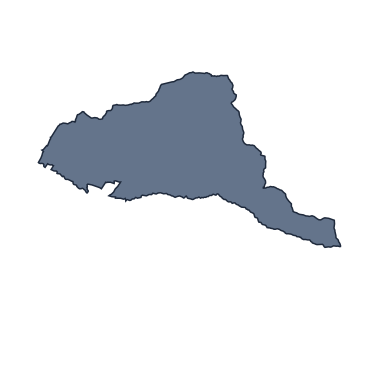 Bertea, Prahova, Romania, rotated 141°
{"feature_id": "2599482B89107382852498", "entity_name": "Bertea", "entity_type": "district", "adm_level": 2, "iso_a3": "ROU", "parent_name": "Romania", "parent_adm1": "Prahova", "projection": "orthographic", "projection_center": [25.825, 45.276], "detail": "fine", "context": "isolated", "style": "filled", "palette": "slate", "viewbox_px": 384, "rotation_deg": 141, "n_neighbors": 0, "source": "geoboundaries", "source_scale": "gbopen_adm2", "svg_char_len": 6089}
<svg xmlns="http://www.w3.org/2000/svg" viewBox="0 0 384 384"><g transform="rotate(141 192 192)"><path d="M292.8,311.6L292.7,310.7L292.0,309.6L290.5,308.6L289.8,307.4L289.8,306.7L290.9,305.4L291.0,304.8L290.7,303.6L286.4,304.8L286.1,303.7L285.5,302.8L284.7,301.9L283.6,301.3L283.6,300.6L283.1,299.6L287.4,298.1L286.0,295.2L284.1,293.5L284.1,292.3L285.2,291.6L285.2,291.2L283.2,289.2L283.1,285.7L282.9,285.4L282.2,285.4L281.8,284.9L282.3,282.4L282.3,281.6L281.9,281.0L280.5,279.9L279.4,277.7L278.8,276.1L278.0,275.1L279.1,273.2L279.1,272.3L278.0,270.8L277.5,269.9L278.0,268.7L277.8,266.5L277.4,265.3L276.3,264.4L274.9,263.9L274.4,263.0L274.3,261.7L274.0,261.0L274.4,258.3L274.3,257.5L273.9,257.2L272.1,257.9L271.9,258.3L271.8,260.3L270.8,261.1L270.8,261.9L269.8,262.2L269.1,263.6L268.0,263.7L265.3,260.5L261.0,253.5L260.4,251.5L252.9,253.9L252.4,253.0L251.1,252.6L250.8,252.1L249.3,251.0L247.2,247.6L246.7,248.0L245.7,249.4L244.4,248.8L242.2,245.4L241.2,244.7L242.7,244.1L245.2,243.5L245.9,243.1L249.7,242.7L252.8,241.3L256.0,241.0L257.7,241.4L259.0,241.4L257.3,238.8L254.6,236.2L255.4,235.4L251.3,231.9L249.8,229.6L248.8,229.1L248.0,229.1L248.2,228.2L249.1,226.7L247.4,227.0L246.9,226.6L245.8,224.7L244.8,224.1L242.8,224.2L241.3,223.1L239.1,223.2L238.4,221.6L235.1,219.9L233.9,220.8L232.6,220.8L230.2,218.1L229.6,217.6L227.0,217.1L225.0,215.4L223.2,215.7L221.1,213.0L218.9,212.5L216.9,211.2L215.2,208.5L212.8,206.9L212.6,206.6L212.5,205.4L210.7,203.3L210.4,202.0L209.5,201.0L208.5,198.5L206.0,197.7L204.2,196.8L202.8,194.4L202.3,192.6L201.5,192.3L199.7,192.6L199.0,192.4L199.0,191.9L199.3,190.5L199.3,189.9L198.5,188.8L197.5,187.7L196.5,186.0L195.7,185.5L192.8,185.0L191.4,184.0L189.8,183.7L189.2,181.8L187.8,181.6L186.9,180.4L185.9,180.3L184.5,179.1L183.4,179.1L182.2,178.2L180.6,178.3L179.0,177.0L177.0,177.0L175.4,174.5L173.7,174.7L173.2,174.4L172.9,173.5L172.9,171.2L172.2,169.2L172.4,167.8L172.0,167.2L171.8,166.0L170.9,165.4L170.6,164.8L170.3,162.5L169.9,161.4L168.1,160.0L167.9,159.2L167.9,157.9L166.1,157.1L165.5,156.6L165.4,155.0L165.0,154.2L164.9,153.7L164.1,152.7L164.0,151.4L163.5,150.4L163.3,149.6L163.0,149.0L160.6,146.7L160.3,146.2L160.6,144.6L159.9,143.8L159.8,142.8L159.1,142.2L159.1,139.6L158.0,137.5L157.7,136.3L157.8,135.6L158.8,133.4L158.9,132.9L158.8,132.4L157.8,131.1L157.7,130.1L158.7,127.7L159.0,126.5L157.6,125.0L157.8,122.8L157.6,122.3L156.6,121.1L155.7,119.7L156.0,116.9L155.1,116.4L154.9,115.7L154.1,115.2L153.7,114.3L152.2,112.6L151.8,111.6L150.7,110.6L148.9,109.8L147.7,108.1L146.9,105.8L146.0,104.6L145.2,102.2L145.4,101.3L144.7,99.9L143.5,99.1L142.7,98.1L142.2,97.8L141.0,96.0L140.8,95.2L140.0,94.0L138.8,92.8L138.6,91.3L136.9,89.7L136.6,88.9L136.0,88.4L136.2,87.1L135.3,84.9L133.7,83.7L132.2,81.9L130.8,80.8L130.6,80.0L130.8,78.8L130.4,77.7L130.5,76.6L129.1,74.4L128.6,73.3L128.0,72.5L123.5,69.2L123.4,68.0L123.7,66.3L123.5,65.3L120.3,63.4L119.3,62.2L118.3,61.6L115.9,61.1L113.9,59.0L112.7,58.2L111.5,56.5L110.9,56.2L110.3,56.9L109.5,59.0L109.3,61.2L108.6,62.5L108.6,63.6L108.9,65.0L108.8,66.0L107.6,67.6L105.7,71.5L104.9,72.6L104.7,73.8L104.1,74.9L101.3,77.5L99.2,80.5L102.3,85.5L104.5,87.8L105.3,88.5L106.7,88.9L109.5,89.3L110.9,90.6L111.6,92.4L112.5,96.0L113.7,98.0L116.4,99.3L116.9,100.2L118.6,101.8L119.9,104.2L122.5,107.0L123.6,109.2L123.6,109.8L125.0,111.7L125.7,113.3L125.0,114.3L124.9,115.1L124.2,116.3L123.9,118.2L122.2,120.3L122.5,123.9L122.4,127.5L121.7,129.8L120.7,131.3L120.6,131.8L121.0,133.8L121.3,136.9L122.6,138.7L122.8,139.7L123.7,141.0L124.2,142.7L125.4,144.8L126.1,145.2L127.7,147.0L129.3,147.4L130.7,148.4L132.2,148.7L134.1,150.1L133.6,150.8L132.5,150.6L130.9,151.9L129.2,152.6L127.9,154.4L127.5,156.2L127.3,158.6L126.7,159.9L125.8,160.6L124.8,161.9L123.4,162.4L122.7,163.8L122.1,164.3L120.9,164.6L119.8,164.4L119.4,164.7L117.4,167.2L115.2,169.6L114.7,171.5L112.9,173.8L112.9,174.1L115.3,177.4L115.2,177.9L113.8,178.6L113.3,179.7L113.4,180.5L113.9,182.7L114.0,184.1L114.4,185.4L114.5,188.9L115.8,190.7L116.8,191.1L117.6,192.4L119.7,194.1L120.3,195.5L120.6,197.0L120.4,198.8L119.8,200.8L119.3,201.6L117.6,202.5L116.9,203.6L115.9,204.4L115.3,204.6L114.2,205.8L113.3,208.7L111.7,211.3L111.5,213.5L111.3,214.2L110.6,215.5L109.9,215.8L108.0,217.7L107.5,220.0L106.7,222.1L105.1,224.6L105.1,226.3L105.5,227.5L105.6,229.1L106.1,231.8L105.8,234.5L105.8,236.1L104.8,236.8L103.3,236.5L100.8,236.6L99.5,237.1L97.7,238.3L96.5,239.6L97.1,241.3L97.3,242.8L96.5,244.1L96.5,245.8L96.1,246.9L94.9,247.4L93.1,249.0L92.3,251.8L92.6,253.5L92.2,255.2L92.3,256.9L91.2,260.1L91.3,260.4L94.3,262.7L95.7,264.1L96.4,264.6L98.1,265.0L99.0,266.0L100.1,266.2L100.4,266.9L101.3,267.7L101.3,268.0L102.2,268.4L102.8,269.3L103.8,269.7L103.9,270.1L103.3,271.0L103.3,271.3L103.8,272.0L104.0,273.1L104.8,274.0L105.2,275.1L106.3,275.9L107.3,276.0L107.6,276.2L111.2,279.8L114.6,282.3L114.9,282.7L115.7,284.7L117.1,285.0L118.9,286.2L121.5,286.6L123.8,287.3L127.5,286.5L130.4,287.0L132.9,288.5L136.6,289.1L138.3,290.2L148.0,294.8L149.6,294.4L151.6,293.1L152.7,292.7L154.5,291.5L158.3,290.7L159.7,289.5L161.5,289.5L163.1,289.2L165.5,289.2L167.1,288.9L168.6,289.2L169.6,289.7L170.6,291.0L171.8,291.5L174.3,293.7L177.5,294.6L179.9,296.5L180.7,297.4L181.5,297.8L182.2,297.7L183.1,298.2L183.9,298.1L184.7,299.0L186.9,299.8L189.3,301.3L190.6,302.9L192.7,304.3L194.9,306.3L195.3,307.3L195.7,307.3L198.7,308.9L199.5,308.7L201.2,307.1L202.9,306.5L204.1,306.6L205.7,307.8L207.2,308.5L207.8,308.3L208.2,307.6L210.8,306.6L212.6,306.4L213.2,306.5L214.8,305.9L215.3,305.3L215.8,305.3L217.4,306.1L218.5,307.1L219.0,309.1L220.7,311.0L223.1,312.3L223.7,312.8L225.2,317.9L225.8,321.5L225.6,322.3L226.7,323.5L227.8,323.3L231.0,323.5L232.3,324.1L233.1,323.8L235.6,322.1L236.8,321.7L237.9,320.4L239.0,320.0L239.2,321.0L239.7,321.2L240.8,322.4L242.4,322.4L243.7,322.9L245.1,323.0L245.7,323.2L247.1,325.0L248.8,326.7L251.2,327.2L251.8,327.8L253.1,327.4L254.5,327.5L266.8,323.3L267.6,323.6L268.4,322.3L269.4,322.1L274.9,319.0L275.4,318.9L275.7,319.5L280.8,318.5L282.3,319.0L282.0,316.9L283.4,316.5L285.5,314.9L288.2,313.4L292.8,311.6Z" fill="#64748b" stroke="#1e293b" stroke-width="1.5"/></g></svg>